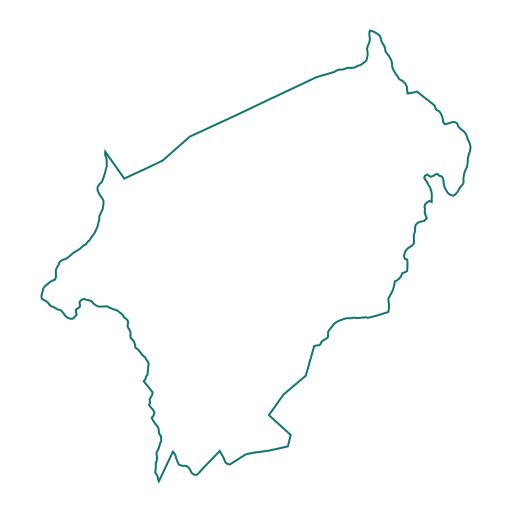 Jaguarari, Bahia, Brazil
{"feature_id": "56859067B76706661929889", "entity_name": "Jaguarari", "entity_type": "district", "adm_level": 2, "iso_a3": "BRA", "parent_name": "Brazil", "parent_adm1": "Bahia", "projection": "robinson", "projection_center": [-40.065, -10.053], "detail": "fine", "context": "isolated", "style": "outline", "palette": "teal", "viewbox_px": 512, "rotation_deg": 0, "n_neighbors": 0, "source": "geoboundaries", "source_scale": "gbopen_adm2", "svg_char_len": 4891}
<svg xmlns="http://www.w3.org/2000/svg" viewBox="0 0 512 512"><path d="M453.3,195.8L455.5,194.2L457.7,191.7L459.2,188.9L460.8,186.4L462.6,184.6L463.6,182.4L463.4,179.3L463.7,176.1L464.2,173.8L464.9,171.5L465.9,169.1L466.9,167.1L467.4,164.5L467.8,161.3L467.8,158.9L468.3,156.3L469.1,153.4L469.9,151.5L470.6,147.5L470.0,144.4L468.8,141.1L467.7,139.2L466.8,136.1L465.3,133.0L462.5,130.3L460.8,129.2L459.3,127.6L458.0,125.9L457.2,123.4L455.3,122.3L452.7,122.0L450.5,122.7L448.0,123.5L445.0,124.3L443.2,122.1L442.8,119.6L442.3,117.0L441.0,113.8L439.2,111.3L436.5,109.9L435.3,107.9L434.6,105.5L416.9,91.5L413.2,92.6L407.6,93.5L407.3,91.1L406.9,89.1L406.9,86.8L405.5,83.9L403.3,81.5L401.4,80.4L399.1,79.0L397.6,76.3L395.8,74.0L394.1,71.2L392.5,68.0L392.1,65.2L392.0,63.1L391.3,60.3L389.3,56.5L387.5,54.2L385.4,51.3L385.2,48.6L384.1,45.8L382.3,42.9L381.2,40.4L380.8,38.3L379.9,35.9L377.2,33.7L374.2,31.9L372.1,31.2L369.8,30.7L369.3,33.4L369.6,36.7L369.9,39.1L369.6,41.4L368.9,43.6L367.9,45.7L367.0,48.7L367.5,51.6L367.7,54.7L367.2,57.1L366.4,60.5L364.8,61.9L362.8,63.5L360.3,65.1L357.8,65.7L355.0,67.4L352.1,67.9L349.5,67.9L347.6,67.8L345.9,68.5L343.6,69.3L341.5,69.6L338.6,69.7L336.3,70.7L334.1,72.0L316.6,77.1L276.0,96.3L269.5,99.3L236.0,115.3L189.8,136.6L162.6,160.6L142.9,170.0L139.3,171.6L124.3,178.6L105.3,151.8L105.1,154.7L106.3,157.8L106.7,159.9L106.7,162.9L106.8,166.2L105.8,169.5L105.1,172.7L103.2,178.5L101.9,182.0L99.4,184.2L97.6,187.1L97.5,189.7L98.3,192.1L99.8,194.9L101.5,197.2L103.4,200.5L103.5,203.9L103.1,206.2L102.7,209.0L101.7,211.1L100.2,214.3L99.3,216.3L99.3,219.3L98.7,221.7L98.2,223.7L97.5,226.7L95.6,230.8L94.2,233.6L91.7,236.9L89.6,240.2L87.7,241.8L86.1,244.2L83.7,245.3L81.6,247.3L79.7,249.0L76.7,250.8L73.5,252.8L70.6,255.3L67.8,257.6L65.4,259.1L63.2,259.6L61.5,260.5L59.5,262.2L58.7,264.7L56.7,267.8L55.8,270.7L55.9,273.6L56.0,276.8L55.0,279.5L51.9,280.9L50.2,281.9L48.6,283.2L46.7,284.7L44.7,286.5L43.2,288.8L42.8,290.8L42.0,293.5L41.4,296.3L41.8,298.6L43.6,299.9L45.8,301.0L48.0,302.7L49.2,304.3L50.8,306.1L53.5,307.0L55.4,308.1L57.6,309.4L61.0,310.3L63.4,313.1L65.5,316.0L67.6,317.8L70.6,318.8L72.7,318.7L75.2,316.6L76.7,314.5L75.9,311.9L76.2,309.5L78.5,307.9L80.0,306.7L79.9,304.5L79.5,302.1L81.2,300.1L83.7,298.9L86.1,299.7L88.7,300.2L91.5,301.2L93.8,303.8L95.6,305.1L97.6,306.3L99.4,306.6L101.2,306.6L104.4,306.5L107.2,306.3L108.9,307.5L110.9,308.1L112.9,309.2L114.8,309.6L116.6,310.2L118.9,311.8L121.0,313.3L123.2,315.5L124.0,317.5L125.9,318.6L127.6,320.3L128.3,322.9L127.5,325.8L128.2,327.8L129.6,329.9L130.6,332.7L130.3,335.4L130.8,338.1L132.9,340.1L134.3,342.3L135.1,345.2L135.5,347.8L138.1,349.5L139.9,351.8L141.6,354.2L143.5,356.1L145.0,357.3L146.1,359.3L147.5,361.1L148.6,363.4L148.2,367.1L147.9,370.3L147.5,374.7L146.1,376.6L145.2,379.6L143.7,381.2L152.6,392.2L152.2,394.9L150.9,397.0L149.6,399.5L150.2,402.9L149.0,404.8L150.7,407.3L153.0,409.7L154.5,412.8L153.5,415.6L151.7,417.9L153.1,420.6L154.3,422.5L156.4,425.1L157.9,427.0L158.6,428.9L158.9,432.0L159.5,434.4L160.9,435.8L161.1,438.5L161.3,440.8L159.9,443.9L159.4,446.0L158.6,448.7L157.0,451.6L156.4,453.9L157.0,456.7L156.9,459.9L155.8,462.9L155.9,466.3L155.6,469.5L155.2,472.5L156.4,474.1L157.5,476.2L158.0,479.1L158.9,481.3L172.9,451.7L174.4,453.7L175.5,455.5L176.2,458.3L177.6,461.9L178.8,464.5L181.4,465.6L183.8,465.9L186.2,465.9L188.5,467.4L190.3,470.0L191.7,473.0L193.8,474.5L196.3,475.0L198.6,473.3L203.2,468.1L219.7,451.0L221.2,453.7L222.8,456.3L223.9,458.5L224.8,460.9L225.9,462.9L227.7,464.0L229.5,464.5L231.2,463.6L245.9,454.3L253.0,452.8L268.7,450.7L287.9,446.4L290.7,435.0L268.9,415.1L283.4,394.7L290.1,388.9L305.8,375.7L314.2,346.0L316.6,345.5L319.4,345.2L320.7,343.7L321.6,341.7L323.8,340.0L326.1,338.8L327.8,337.4L328.1,334.4L328.2,331.6L329.9,329.0L331.8,326.9L333.4,324.7L335.6,322.6L338.6,320.9L341.5,319.8L344.6,318.8L347.2,318.1L349.1,318.3L351.7,318.2L353.9,317.6L356.3,318.0L358.5,318.1L363.0,317.5L365.9,317.3L368.0,317.8L376.5,315.7L388.3,312.0L388.7,309.7L389.0,307.4L389.1,305.3L388.7,302.4L388.3,298.8L392.7,290.5L393.6,287.5L394.3,284.6L394.8,281.5L396.7,280.5L398.9,278.9L400.9,276.5L402.3,273.2L405.1,272.2L407.0,271.1L407.4,268.4L407.4,265.0L407.5,261.7L407.2,259.6L404.9,259.0L404.0,256.0L404.6,253.6L405.5,251.0L407.6,248.5L410.0,246.9L412.5,245.4L414.0,243.1L413.9,239.0L413.8,235.2L414.9,231.6L415.1,227.8L415.5,225.2L417.6,222.9L419.4,222.1L422.0,221.3L424.1,221.1L425.5,219.5L426.8,218.0L425.4,215.0L424.7,211.6L425.0,209.0L424.5,206.4L425.2,204.3L427.3,202.2L429.3,201.0L431.7,201.9L431.7,198.5L431.8,195.1L431.5,192.0L430.8,189.5L429.8,186.8L428.6,185.3L427.7,183.4L426.8,181.5L425.3,179.8L424.2,177.7L425.1,175.7L427.4,174.5L430.4,176.8L433.4,175.9L435.2,174.5L437.5,174.0L439.5,175.9L441.8,176.4L443.0,178.5L443.5,180.8L443.7,182.9L443.9,185.0L445.0,188.1L446.2,190.3L447.6,192.6L449.6,194.5L453.3,195.8Z" fill="none" stroke="#0f766e" stroke-width="2"/></svg>